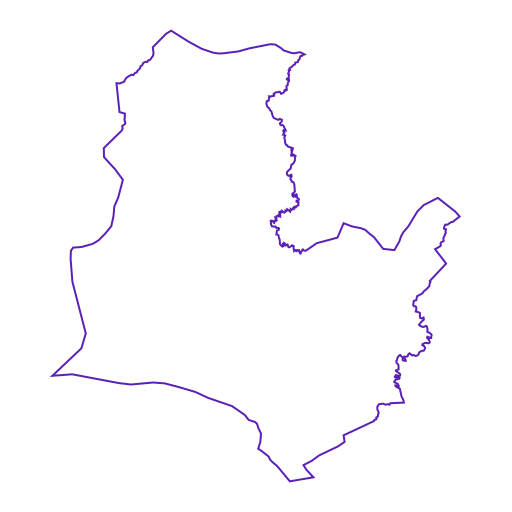 outline of Bunza, Kebbi, Nigeria
{"feature_id": "59680162B46976557303871", "entity_name": "Bunza", "entity_type": "district", "adm_level": 2, "iso_a3": "NGA", "parent_name": "Nigeria", "parent_adm1": "Kebbi", "projection": "orthographic", "projection_center": [4.015, 12.213], "detail": "fine", "context": "isolated", "style": "outline", "palette": "violet", "viewbox_px": 512, "rotation_deg": 0, "n_neighbors": 0, "source": "geoboundaries", "source_scale": "gbopen_adm2", "svg_char_len": 6017}
<svg xmlns="http://www.w3.org/2000/svg" viewBox="0 0 512 512"><path d="M289.8,481.3L313.4,477.3L306.3,469.6L303.5,465.1L311.6,460.9L319.3,455.3L338.0,446.4L344.6,441.9L343.6,435.3L373.9,421.1L374.5,419.8L376.1,419.4L376.5,418.8L376.2,417.8L376.5,417.3L377.5,416.9L378.0,415.9L377.9,414.8L378.8,412.9L377.3,409.2L377.3,407.8L377.4,406.6L379.0,404.2L382.9,403.7L385.8,404.7L387.8,404.1L389.4,404.7L390.4,403.2L403.9,402.6L403.3,399.9L401.6,396.6L399.8,388.6L396.7,387.1L395.4,385.9L395.4,385.4L396.7,385.7L397.9,386.6L398.7,386.6L398.8,386.0L397.7,383.8L394.3,382.2L394.2,381.7L395.6,379.7L399.1,378.8L399.6,378.1L399.4,377.3L395.2,377.3L394.8,376.8L396.0,375.0L399.3,376.1L400.1,375.5L400.2,374.6L399.8,373.7L395.9,371.0L395.9,370.4L398.6,369.4L398.5,365.2L396.4,362.3L396.3,361.0L397.0,360.1L397.5,357.8L398.4,356.4L399.7,355.1L400.3,355.0L401.2,356.3L402.8,357.2L402.9,358.1L402.5,359.0L402.9,360.4L405.7,360.9L405.8,360.2L404.4,358.0L404.3,356.7L407.1,356.6L407.9,355.7L408.5,354.0L409.6,353.3L412.4,355.5L413.7,355.0L415.8,356.0L416.8,355.7L418.3,354.7L419.2,352.4L421.4,350.9L423.7,350.7L424.5,349.7L425.1,347.8L424.0,346.0L422.3,345.1L422.4,344.2L425.4,342.8L428.6,343.3L429.6,342.6L429.6,341.5L428.8,339.4L427.3,338.3L427.1,337.4L427.4,336.7L430.4,338.0L431.2,338.0L431.1,337.1L431.6,335.1L431.4,334.3L429.0,332.5L427.4,332.0L427.5,329.0L426.7,326.2L425.8,325.9L424.7,326.6L422.7,327.0L419.8,325.6L419.0,324.8L421.3,321.9L423.8,319.7L423.8,318.6L423.5,317.5L421.9,318.4L420.2,318.0L419.8,315.8L420.1,313.2L419.1,312.4L415.7,311.5L416.3,309.7L416.2,307.0L415.5,306.3L414.0,306.2L413.2,305.2L413.8,300.9L416.3,300.1L417.0,296.3L422.5,293.3L423.7,291.4L426.7,289.0L429.2,286.3L429.8,283.2L430.5,281.9L429.8,281.0L446.1,263.6L435.1,249.2L440.3,246.2L440.9,245.4L440.5,243.6L441.2,242.3L443.7,241.0L443.3,238.1L444.7,235.5L445.0,233.9L445.8,233.1L445.5,231.7L446.0,229.3L444.9,229.2L444.0,228.7L443.9,227.9L445.2,224.7L447.4,224.7L451.1,222.1L452.6,222.0L459.6,216.5L455.2,211.5L437.9,197.9L423.8,205.0L417.2,211.7L408.4,226.3L403.1,232.5L401.0,236.5L399.3,241.5L394.4,250.1L383.2,248.9L374.1,237.3L368.7,233.0L365.2,229.8L360.9,228.2L351.9,226.4L343.6,223.2L337.5,237.6L316.7,243.2L305.7,250.8L303.8,250.4L303.0,249.4L302.4,249.7L301.6,251.6L300.2,251.7L300.7,253.4L300.3,253.6L299.1,251.6L298.9,250.1L297.7,250.2L296.6,251.2L296.1,251.0L296.3,250.1L295.0,250.1L294.1,251.0L293.5,247.6L293.7,246.2L292.2,246.0L292.4,245.4L292.1,245.3L289.4,247.3L288.6,247.2L287.9,246.1L287.7,244.6L287.2,244.4L285.5,245.6L284.9,245.4L284.9,243.6L283.8,242.8L282.8,244.1L283.3,245.2L283.1,246.3L282.6,246.6L282.0,246.4L280.0,244.2L279.7,239.7L278.9,237.8L278.5,235.3L277.2,234.4L276.4,234.5L276.9,230.6L278.6,230.0L279.1,228.6L278.7,228.1L276.3,227.9L275.8,226.7L275.1,226.4L274.1,226.7L271.8,226.3L270.8,223.7L271.2,222.6L270.6,220.9L271.2,220.6L273.2,221.0L273.7,222.6L274.2,222.9L275.1,220.5L275.8,220.9L276.7,220.3L275.3,217.5L276.5,217.7L276.5,216.2L278.0,215.7L278.6,214.8L278.7,216.3L280.2,216.7L280.2,214.8L279.3,214.4L280.0,213.7L279.3,212.1L279.8,211.9L280.7,212.4L281.5,210.6L282.2,211.0L282.2,212.2L283.3,212.0L284.4,212.6L285.5,211.8L285.4,210.5L286.7,210.8L287.1,209.2L290.2,211.6L290.5,209.3L291.1,210.0L291.8,209.8L292.6,208.7L293.6,209.0L293.4,208.0L294.9,207.7L294.4,206.8L295.4,206.5L296.2,206.9L297.2,205.7L298.4,205.3L298.2,203.6L298.6,202.5L296.4,201.6L296.6,200.6L297.9,200.8L298.9,199.6L298.8,199.0L295.4,196.4L295.7,195.8L296.9,195.7L296.9,195.1L296.4,194.3L294.7,195.1L293.4,194.5L294.0,196.2L293.6,196.8L292.8,196.2L292.3,195.2L292.3,193.9L294.9,191.6L294.3,184.3L293.3,182.1L291.6,181.6L291.6,180.7L290.3,178.9L290.6,177.7L291.6,176.8L291.4,174.8L290.3,175.0L290.1,175.7L289.3,176.0L288.4,175.7L287.4,175.1L286.8,173.4L287.1,171.9L290.7,168.4L291.4,164.8L293.2,163.6L294.1,162.1L294.9,160.5L294.9,157.1L295.6,156.1L293.6,154.6L292.9,155.0L292.8,155.7L291.1,155.6L291.1,154.7L292.2,154.0L291.5,152.2L292.2,151.4L292.2,150.1L291.5,150.3L291.4,149.2L292.7,149.1L292.8,148.1L288.0,146.6L287.1,145.3L286.0,144.9L284.9,142.0L285.1,140.6L284.2,137.4L285.3,135.6L284.5,135.0L283.1,134.7L284.5,132.3L283.5,131.7L283.2,130.6L283.7,130.1L285.7,130.4L283.5,125.9L282.6,125.1L281.5,125.3L280.3,124.7L279.9,123.3L280.9,122.6L281.8,121.3L281.9,119.7L279.5,118.9L278.9,119.7L278.0,119.8L273.9,118.0L272.8,116.4L271.4,111.4L270.1,110.3L269.2,108.2L267.4,106.9L266.4,103.8L266.8,101.1L268.7,100.6L269.2,97.9L269.0,96.3L270.9,96.6L272.0,96.0L273.9,96.0L274.3,95.2L273.6,93.9L276.2,92.2L278.3,92.2L279.1,91.7L280.1,92.1L281.1,93.8L283.4,92.8L284.4,91.3L284.5,90.2L285.2,89.8L285.9,90.5L286.8,90.0L286.4,86.2L287.8,84.9L287.7,83.5L288.3,81.9L289.0,81.1L289.0,79.9L287.3,79.8L286.8,79.3L287.0,78.7L288.8,77.9L288.6,76.4L289.1,75.3L289.0,74.5L288.1,73.7L288.9,71.9L289.1,71.1L288.6,70.3L289.0,69.8L290.0,69.8L289.5,68.3L291.9,66.7L293.6,64.9L294.9,64.5L295.3,62.6L297.8,62.1L298.4,59.9L299.3,59.6L300.3,56.3L300.9,55.8L301.9,56.0L302.6,55.1L304.5,54.4L300.1,52.2L293.8,53.3L291.3,52.9L283.6,50.4L281.3,48.3L275.4,44.6L270.3,44.2L249.1,48.4L238.5,51.4L223.3,53.3L219.0,53.5L213.2,52.7L201.7,48.8L188.3,41.5L171.2,30.7L166.0,33.8L152.8,47.3L153.5,53.2L153.1,55.6L150.1,59.8L148.1,60.5L147.4,61.9L145.6,61.8L143.5,62.7L142.1,65.3L140.6,66.1L140.0,68.4L137.3,71.0L136.8,72.4L135.2,72.8L133.2,75.1L131.4,74.7L127.2,77.2L125.9,78.3L124.0,81.8L119.8,83.4L116.5,83.2L119.5,112.1L124.9,113.6L124.7,117.2L124.9,117.7L124.4,119.5L125.3,123.2L125.1,123.9L122.2,126.1L122.7,128.6L121.6,130.7L103.8,148.1L104.0,157.1L115.1,169.3L122.9,179.8L118.2,197.5L114.3,206.6L113.5,216.1L111.3,226.1L105.5,233.3L98.7,240.2L92.9,243.8L81.5,247.0L73.1,247.6L70.9,250.8L70.6,258.8L72.4,281.7L85.8,333.5L81.4,348.3L52.4,375.8L72.2,374.3L118.9,383.1L131.0,384.5L153.1,382.5L164.8,383.4L178.2,386.9L195.5,392.0L207.9,397.8L232.0,406.1L245.0,415.1L248.6,419.9L255.0,422.0L256.9,423.6L258.5,428.4L261.0,433.5L260.4,441.6L258.2,448.8L261.2,450.7L268.6,456.5L270.0,459.4L271.7,461.4L277.3,466.2L289.8,481.3Z" fill="none" stroke="#5b21b6" stroke-width="2"/></svg>